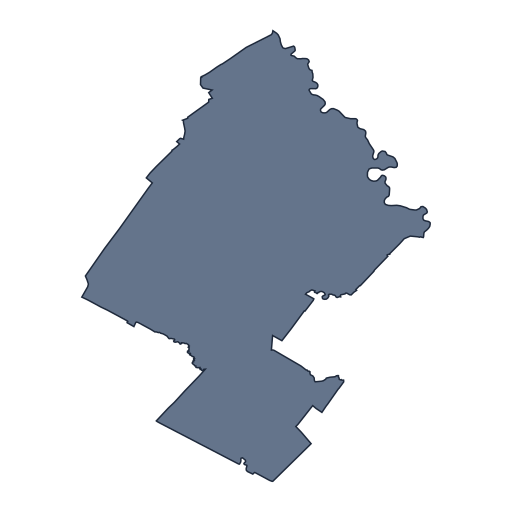 Corbii Mari, Dâmbovita, Romania (Robinson projection)
{"feature_id": "2599482B2224953601134", "entity_name": "Corbii Mari", "entity_type": "district", "adm_level": 2, "iso_a3": "ROU", "parent_name": "Romania", "parent_adm1": "Dâmbovita", "projection": "robinson", "projection_center": [25.473, 44.533], "detail": "fine", "context": "isolated", "style": "filled", "palette": "slate", "viewbox_px": 512, "rotation_deg": 0, "n_neighbors": 0, "source": "geoboundaries", "source_scale": "gbopen_adm2", "svg_char_len": 6040}
<svg xmlns="http://www.w3.org/2000/svg" viewBox="0 0 512 512"><path d="M272.8,481.3L311.1,443.7L301.2,432.1L295.8,426.5L298.0,424.3L312.7,405.6L316.1,408.5L321.9,412.4L326.4,405.7L327.4,404.5L338.2,389.1L339.0,388.3L343.7,381.9L343.7,380.8L343.6,380.1L342.0,380.2L341.3,379.6L340.8,379.9L339.3,379.4L339.1,378.0L338.3,376.9L338.6,376.1L338.5,375.7L338.1,375.5L336.3,375.8L335.5,376.5L334.5,376.8L330.1,377.2L326.3,378.1L325.7,379.2L323.4,380.7L321.6,381.2L315.2,381.8L314.6,381.0L314.3,379.9L314.2,378.0L312.9,376.0L310.4,374.7L309.8,372.7L310.1,372.0L309.8,371.6L309.0,371.1L308.3,371.2L307.5,370.8L307.2,370.1L306.0,369.9L301.0,366.0L274.0,350.3L272.8,350.0L271.4,350.1L272.6,335.5L281.9,340.7L291.3,328.6L304.3,310.9L305.0,311.1L313.3,300.3L313.4,299.8L313.9,298.9L313.7,298.7L305.5,294.2L306.8,292.7L309.3,291.6L310.2,290.7L311.9,289.9L314.9,290.9L314.5,291.4L314.5,292.1L314.8,292.4L315.8,292.6L316.9,293.5L317.3,293.5L317.8,292.6L318.7,292.6L319.3,291.8L321.1,291.4L322.3,291.6L324.3,292.7L325.0,294.0L325.2,294.7L323.9,295.5L323.2,295.7L322.2,296.7L322.4,298.1L322.7,298.6L323.1,299.0L324.7,299.3L326.4,299.1L327.7,298.1L328.7,296.6L328.9,295.8L328.5,295.3L328.5,294.8L329.2,294.2L331.7,294.2L333.1,295.0L334.6,295.2L335.2,295.6L336.1,297.0L337.1,297.5L339.4,296.7L340.7,296.9L340.7,296.4L340.3,295.7L340.8,294.8L345.1,293.9L345.4,293.3L346.0,293.1L346.9,293.2L349.7,294.8L351.2,294.9L353.9,292.2L356.6,290.4L355.8,289.5L359.7,285.6L360.3,285.7L373.8,271.4L373.7,271.3L374.6,269.9L387.8,256.3L387.2,255.7L387.2,254.8L388.3,254.4L389.8,254.3L389.9,253.9L389.7,253.7L399.7,243.7L404.2,238.7L410.3,236.1L417.7,236.8L419.6,237.2L420.7,236.8L422.0,237.3L423.3,237.5L423.6,236.7L423.9,233.1L424.4,231.9L426.7,230.1L428.4,228.4L429.7,226.5L430.1,224.7L430.2,222.9L429.6,222.2L428.5,221.5L425.2,220.8L423.7,220.1L422.9,218.5L423.0,216.3L423.5,215.0L426.8,213.0L427.3,211.9L426.6,209.5L425.4,208.1L422.9,206.5L421.0,206.7L419.6,208.5L416.4,210.0L414.8,210.0L409.6,209.3L406.5,207.7L400.3,205.8L396.8,205.3L391.3,205.6L388.3,205.4L385.4,204.4L384.3,202.7L384.3,200.6L385.2,198.8L386.7,197.2L388.5,196.3L389.2,194.9L389.6,189.8L389.6,188.0L388.7,186.6L387.2,185.8L385.1,183.2L385.0,181.6L385.9,179.6L386.0,178.0L385.7,177.0L384.5,175.9L382.8,175.3L381.9,175.4L381.3,175.9L380.5,177.2L377.4,180.4L375.9,181.0L373.6,181.2L371.7,180.7L370.5,180.2L369.0,179.0L367.6,177.0L367.4,175.4L367.5,172.2L369.0,169.1L370.5,168.4L372.0,168.0L377.8,168.0L379.2,168.4L381.1,169.8L382.3,170.1L384.3,169.8L388.0,167.5L389.4,167.0L391.3,167.0L394.2,167.6L396.2,167.3L397.2,166.0L397.3,164.0L397.0,162.7L394.9,158.5L393.0,156.9L387.3,154.9L386.8,154.4L386.4,153.2L385.1,151.5L382.2,151.0L381.0,151.6L378.8,153.5L378.0,155.1L377.9,157.1L377.4,158.2L376.6,158.9L375.4,159.4L374.4,159.5L373.9,159.1L373.2,158.3L372.7,156.8L372.8,155.3L373.8,152.1L373.9,151.0L373.4,149.8L369.3,143.7L367.6,140.0L365.6,137.4L365.3,136.2L365.8,133.4L365.8,132.4L365.5,131.1L363.8,129.6L360.1,128.7L358.1,127.4L357.8,127.1L357.0,123.5L357.1,121.9L357.5,120.7L357.3,120.0L356.4,119.0L355.4,118.7L350.6,118.7L345.2,117.5L344.2,116.6L339.2,111.3L337.4,110.2L333.5,108.6L331.4,108.7L329.7,109.6L327.0,112.1L326.0,112.7L324.6,112.9L322.9,112.8L321.2,112.1L320.5,110.6L320.6,109.1L324.6,105.2L325.2,104.0L325.2,103.0L325.0,101.8L323.1,99.4L319.1,96.6L317.1,95.5L315.1,95.0L313.6,94.9L311.9,94.3L311.3,93.9L309.1,90.3L309.2,89.5L309.7,89.0L310.7,88.6L315.9,88.7L317.1,88.0L317.7,86.9L317.9,85.9L317.8,84.7L317.0,83.4L315.7,82.4L313.0,81.3L312.4,80.6L312.3,80.2L313.0,77.4L312.8,73.8L312.2,72.3L312.0,70.4L310.4,70.0L309.4,69.1L308.8,68.0L307.7,64.5L307.9,63.7L309.2,61.7L308.6,60.0L307.2,58.9L306.1,58.6L302.7,58.5L300.7,58.8L297.3,58.7L296.4,58.2L294.1,56.1L291.3,55.5L291.0,55.2L291.1,54.1L294.8,51.0L295.2,50.2L294.9,48.0L294.5,46.9L293.6,46.1L285.4,48.6L283.4,48.1L282.7,47.6L281.3,44.9L280.4,41.8L280.0,38.7L278.2,34.9L276.7,33.3L272.9,30.7L272.4,33.2L271.3,34.7L246.2,47.4L230.2,58.7L222.2,64.0L221.1,64.4L216.8,67.1L209.5,72.3L204.9,75.0L201.3,76.7L201.7,77.3L200.7,77.8L200.5,84.6L203.0,88.1L212.1,90.0L208.7,92.6L212.3,98.3L208.8,99.4L208.6,102.2L187.7,117.2L187.7,118.3L182.6,120.2L183.4,120.7L183.5,122.8L184.6,127.9L185.1,131.1L184.6,134.3L183.8,137.5L183.6,139.2L180.6,138.3L179.7,138.7L176.7,141.6L179.6,144.0L177.2,146.3L173.0,149.7L172.0,150.2L171.8,151.3L156.3,166.5L150.1,173.0L146.3,177.9L152.3,182.9L148.3,188.2L119.2,229.0L104.7,248.3L85.4,276.0L87.0,279.7L88.4,284.0L87.7,286.8L81.8,297.1L87.5,299.8L101.0,307.1L107.5,310.2L127.5,321.0L127.8,321.4L127.1,322.2L127.1,322.7L133.9,326.6L135.8,322.4L136.3,322.1L137.9,322.4L150.3,329.1L155.0,332.0L156.0,331.8L158.3,332.6L159.6,332.4L160.6,333.2L163.2,333.9L166.9,336.0L168.9,338.5L169.7,338.7L170.9,338.4L174.4,339.1L174.7,339.5L174.7,340.0L173.6,341.0L173.8,341.6L174.3,342.0L175.5,342.2L177.8,341.7L179.6,343.1L179.9,343.8L180.2,344.1L181.5,343.6L181.7,343.4L181.5,342.8L181.8,342.7L183.9,343.0L185.1,343.6L186.3,343.4L188.3,344.6L188.8,345.2L188.5,345.9L189.2,346.2L188.3,347.4L189.2,347.9L188.9,349.2L189.1,349.8L188.3,350.5L188.8,351.1L187.5,351.4L187.5,352.5L188.8,353.3L190.1,353.2L190.5,353.8L189.6,354.4L189.6,354.7L191.7,355.8L192.2,356.5L193.6,356.7L194.2,357.4L193.8,358.1L194.6,358.7L194.4,358.9L193.8,359.0L194.1,359.7L193.6,359.8L193.5,360.1L194.1,360.6L193.1,361.1L193.5,361.8L192.7,362.0L192.3,362.6L192.2,363.1L192.7,363.8L194.3,365.1L195.0,366.0L195.8,366.0L196.0,367.4L197.5,367.7L198.5,367.6L199.3,368.0L199.7,367.5L200.0,367.5L199.8,368.4L199.9,368.7L200.6,368.7L200.4,369.4L201.1,369.4L201.3,370.0L202.0,370.5L203.6,370.2L203.6,369.6L203.8,369.3L205.3,369.2L198.7,376.5L185.0,390.7L174.4,402.3L168.4,408.0L156.3,420.9L157.2,421.6L160.1,423.2L238.6,464.0L239.5,464.1L240.7,462.0L240.9,460.6L240.8,459.0L241.1,458.2L242.5,457.8L245.4,460.2L245.6,461.4L245.4,461.9L244.2,463.0L243.9,463.8L244.5,464.5L246.8,465.3L246.9,466.0L246.2,468.5L246.2,469.4L246.3,470.2L247.4,471.5L252.8,474.1L254.5,472.5L254.9,472.5L269.6,480.4L272.0,481.3L272.8,481.3Z" fill="#64748b" stroke="#1e293b" stroke-width="1.5"/></svg>